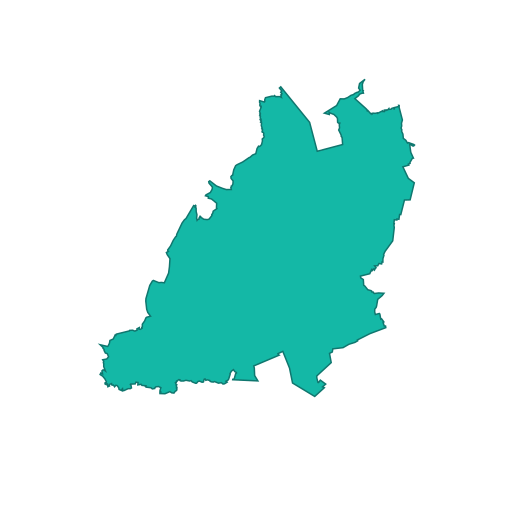 the district of Ojuelos de Jalisco, Jalisco, Mexico, rotated 71°
{"feature_id": "50627088B23067866653168", "entity_name": "Ojuelos de Jalisco", "entity_type": "district", "adm_level": 2, "iso_a3": "MEX", "parent_name": "Mexico", "parent_adm1": "Jalisco", "projection": "albers", "projection_center": [-101.727, 21.786], "detail": "fine", "context": "isolated", "style": "filled", "palette": "teal", "viewbox_px": 512, "rotation_deg": 71, "n_neighbors": 0, "source": "geoboundaries", "source_scale": "gbopen_adm2", "svg_char_len": 6116}
<svg xmlns="http://www.w3.org/2000/svg" viewBox="0 0 512 512"><g transform="rotate(71 256 256)"><path d="M134.8,125.2L140.0,130.8L143.2,144.8L146.1,140.6L143.9,140.0L144.1,139.8L144.8,139.5L147.6,136.2L150.9,134.5L152.5,134.2L156.1,135.3L157.2,134.8L157.7,133.5L158.9,134.5L162.1,135.3L163.8,136.8L169.3,136.1L170.7,136.5L171.9,136.0L178.8,137.8L176.9,164.0L147.1,161.8L104.1,177.5L104.8,179.2L108.4,177.9L109.2,179.3L111.1,178.6L111.8,180.1L112.7,179.8L113.1,180.5L114.2,180.4L113.0,181.7L111.7,185.6L110.4,186.2L110.8,186.8L110.0,189.0L109.4,195.5L111.0,196.8L112.8,197.4L113.1,198.0L110.3,202.0L111.9,202.6L113.4,202.5L114.5,203.3L116.1,203.2L116.0,202.5L116.8,202.5L120.4,205.6L122.8,205.5L123.2,205.7L123.1,206.2L124.2,206.2L124.6,206.8L125.3,206.3L126.9,207.1L128.3,206.7L128.5,207.7L130.2,207.0L130.9,208.1L132.0,207.4L134.3,208.5L137.4,208.6L137.6,209.1L138.8,208.7L140.4,209.8L140.9,209.8L141.6,208.8L142.9,208.8L144.1,209.5L145.5,209.3L146.6,210.0L147.4,212.0L149.4,212.5L152.5,214.5L153.5,216.4L153.4,217.6L153.0,217.9L154.7,220.0L159.2,222.9L159.4,226.4L160.7,229.5L160.7,230.5L162.8,238.1L163.5,244.2L164.0,245.9L167.3,249.0L172.0,251.8L172.0,252.6L172.8,253.9L174.6,254.3L177.6,253.2L180.4,254.4L181.8,255.8L181.9,256.7L182.8,256.9L183.1,257.5L185.1,257.7L183.5,262.5L181.1,265.7L176.9,270.6L169.9,275.2L170.3,276.5L171.9,276.7L176.6,274.8L178.6,275.7L181.1,278.5L181.9,283.4L182.6,284.2L184.3,281.7L185.8,282.3L187.6,279.5L193.3,276.0L197.3,277.6L198.4,277.5L199.7,281.9L201.4,282.9L202.5,284.4L203.4,284.5L205.9,288.5L205.7,290.3L204.1,293.7L203.0,294.2L201.6,295.7L201.1,295.4L200.2,295.9L201.5,297.4L202.6,297.9L202.5,299.1L203.1,300.1L201.0,299.9L197.8,298.4L194.5,298.1L191.1,297.0L190.1,297.7L189.7,296.9L188.8,296.5L188.4,296.7L188.9,297.5L188.0,298.5L197.8,310.0L198.4,311.8L200.7,315.1L209.6,323.8L211.5,324.9L211.7,325.8L214.3,329.2L218.7,333.5L221.5,337.5L222.6,337.7L223.2,337.4L223.5,339.6L225.8,339.5L230.5,338.2L238.1,341.4L243.7,344.2L251.5,351.4L250.2,354.0L249.6,356.5L245.7,361.0L246.0,362.2L249.2,366.0L260.4,373.9L262.8,374.9L270.8,376.7L274.2,376.7L278.6,375.3L278.3,379.4L278.7,380.3L281.1,382.4L283.5,385.7L285.9,386.5L286.3,387.3L287.2,387.2L287.7,389.3L287.1,390.4L285.7,389.7L286.1,392.3L287.4,392.6L287.6,395.0L286.0,396.8L285.2,399.7L285.6,400.0L284.4,413.5L285.0,413.8L284.8,414.7L285.3,414.8L285.1,415.1L288.0,418.0L288.3,421.6L290.8,423.0L292.9,425.1L293.2,425.8L289.2,432.2L292.7,430.4L293.5,430.7L294.9,430.0L295.9,430.4L298.7,430.0L299.9,428.4L303.3,428.2L304.8,430.7L304.2,434.7L306.1,434.3L307.2,435.1L308.2,435.0L311.0,436.0L315.7,435.8L314.2,436.9L313.9,438.0L314.5,439.1L317.5,439.5L316.1,440.8L317.3,442.0L319.7,440.1L322.9,438.9L326.3,438.4L326.8,438.8L326.8,440.0L327.8,440.4L328.8,439.5L328.2,439.1L328.6,438.1L331.4,438.6L331.2,436.8L330.5,436.9L329.7,436.3L329.6,434.1L330.8,434.4L331.3,434.0L331.6,432.8L333.6,432.3L332.6,430.6L333.4,429.4L335.9,428.7L337.6,428.9L339.8,426.5L338.4,426.2L338.0,425.4L339.5,425.7L340.3,425.0L339.8,420.1L340.5,418.1L340.2,416.7L337.6,416.3L336.7,416.7L336.3,416.3L337.6,411.9L336.2,410.6L337.2,408.7L339.4,409.7L339.9,406.4L341.2,406.0L342.9,402.2L343.6,402.4L343.7,402.9L344.2,402.6L346.4,398.2L347.9,397.3L348.3,394.9L347.7,394.7L347.1,393.2L347.7,390.6L348.3,390.0L349.5,388.8L352.0,390.6L353.4,390.3L353.2,391.1L354.8,391.6L356.6,386.9L356.2,381.5L357.9,380.3L358.9,378.2L357.6,376.4L357.3,374.9L355.9,374.0L354.9,374.3L354.7,373.6L352.6,373.7L352.0,372.8L351.1,373.4L349.6,373.4L349.7,372.7L348.9,371.9L348.9,372.3L348.3,372.0L348.0,372.4L348.6,371.2L347.7,369.4L348.2,368.2L349.0,368.5L349.8,367.6L350.6,365.1L350.7,362.7L352.6,359.4L352.7,358.0L354.3,357.3L356.7,354.5L356.9,353.6L355.8,351.8L355.8,350.3L357.8,348.1L358.0,346.7L355.7,345.2L355.6,344.2L357.2,343.9L357.2,342.4L358.7,340.2L359.6,340.2L360.5,339.1L361.3,337.4L361.2,336.1L364.0,332.9L364.5,330.0L366.3,328.9L366.6,327.4L365.9,324.4L364.6,325.2L364.3,323.0L363.6,322.0L359.5,319.0L358.8,318.9L356.9,316.8L356.1,314.3L358.4,313.7L359.7,312.5L360.3,312.5L360.7,313.6L365.2,316.7L365.0,318.1L365.4,318.3L374.7,294.9L368.6,296.2L361.5,294.1L359.2,293.9L357.3,266.4L356.5,267.0L355.5,267.1L354.9,261.7L372.9,260.8L388.0,262.8L407.9,246.2L402.8,234.3L401.4,235.7L399.8,231.8L394.3,235.6L396.0,238.0L395.7,238.6L391.1,238.2L389.2,237.6L381.3,219.6L372.0,218.2L371.6,215.1L368.8,213.6L371.0,203.5L369.7,196.8L369.9,190.6L369.3,187.5L368.4,187.5L366.5,173.6L366.0,156.6L364.4,156.3L363.9,157.5L360.3,157.5L359.9,157.4L359.9,156.6L356.3,157.7L356.4,158.6L351.2,157.8L350.5,158.1L350.2,162.2L347.6,162.0L344.9,161.0L343.8,159.2L342.6,158.3L336.6,155.0L334.5,149.6L332.9,147.2L330.9,152.0L330.0,156.2L329.2,156.8L328.4,156.8L327.6,158.2L327.0,158.0L326.2,158.5L324.3,161.3L319.8,162.9L318.8,163.7L313.2,162.2L310.7,164.1L309.0,163.8L309.8,154.2L306.6,151.2L307.7,151.0L307.2,149.9L306.7,149.9L306.5,148.8L307.8,148.5L306.3,146.9L306.2,146.3L303.9,147.0L304.9,144.1L303.1,142.2L304.4,139.8L302.6,138.7L303.0,138.0L299.9,136.9L297.0,134.8L296.0,134.8L293.6,132.4L286.2,121.8L274.1,116.0L271.9,115.6L270.4,114.7L270.2,115.1L266.7,113.4L267.8,111.1L266.9,110.7L267.8,108.9L263.5,106.7L264.0,105.6L251.4,97.4L253.1,92.0L238.3,82.5L232.2,86.7L219.5,88.1L219.8,81.9L218.7,82.0L218.6,80.2L217.8,80.1L214.5,76.3L214.7,75.3L208.4,75.9L200.7,74.4L201.3,73.2L202.9,72.1L203.3,71.1L202.7,70.0L201.9,70.5L198.4,74.9L198.5,76.0L195.3,76.7L192.7,78.4L188.6,77.4L185.6,77.7L184.0,77.0L182.3,77.2L180.5,75.9L177.8,75.2L175.1,73.3L162.2,72.3L160.3,71.6L160.0,72.1L161.1,72.3L160.7,76.8L162.6,77.6L160.7,77.5L160.6,79.5L161.2,80.6L160.6,82.5L159.9,82.4L160.7,83.9L160.7,85.5L160.3,85.3L159.9,86.9L161.2,87.6L160.6,89.2L159.9,88.9L160.7,94.5L160.2,94.5L159.9,96.9L159.0,98.9L159.6,100.1L158.9,100.1L158.8,101.2L154.8,102.9L155.0,103.5L153.6,103.5L151.8,104.4L139.4,111.3L137.9,107.0L136.7,105.3L136.6,102.7L137.0,101.4L134.8,101.2L134.5,100.8L134.1,101.2L128.4,99.6L126.1,97.9L124.4,95.4L126.6,101.9L130.6,104.3L133.2,103.6L134.5,106.3L134.1,106.9L134.5,110.1L135.1,111.1L135.0,113.8L136.0,117.6L136.2,121.4L134.8,125.2Z" fill="#14b8a6" stroke="#0f766e" stroke-width="1.5"/></g></svg>